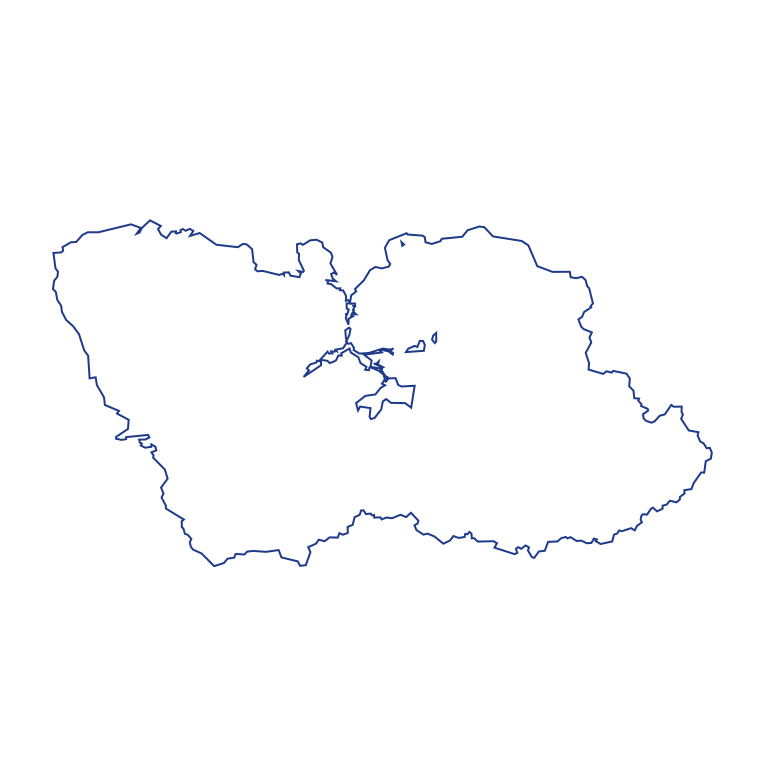 the district of Kadamjay, Batken, Kyrgyzstan, rotated 353°
{"feature_id": "92254566B89455719533038", "entity_name": "Kadamjay", "entity_type": "district", "adm_level": 2, "iso_a3": "KGZ", "parent_name": "Kyrgyzstan", "parent_adm1": "Batken", "projection": "equal_earth", "projection_center": [71.702, 39.995], "detail": "fine", "context": "isolated", "style": "outline", "palette": "blue", "viewbox_px": 768, "rotation_deg": 353, "n_neighbors": 0, "source": "geoboundaries", "source_scale": "gbopen_adm2", "svg_char_len": 6151}
<svg xmlns="http://www.w3.org/2000/svg" viewBox="0 0 768 768"><g transform="rotate(353 384 384)"><path d="M699.3,498.0L701.0,492.1L699.6,487.1L696.4,487.0L694.0,481.9L690.8,479.5L689.0,473.3L690.2,470.2L680.8,467.2L674.7,454.8L677.0,450.5L675.9,448.6L676.7,442.7L668.8,441.9L666.6,439.8L659.0,448.4L653.8,449.1L648.0,454.1L644.9,455.0L639.9,452.7L637.5,449.9L637.4,445.5L643.0,442.6L642.6,440.7L636.5,437.2L637.1,435.5L634.3,431.5L635.4,429.6L630.7,428.6L630.8,421.1L627.1,416.1L628.7,408.6L626.0,403.3L613.0,398.9L611.4,400.4L606.2,398.5L602.8,400.7L588.8,394.6L590.1,388.4L588.0,377.7L594.8,368.1L593.6,362.9L596.6,358.1L588.8,353.8L586.8,351.2L584.8,343.6L588.9,341.4L591.3,337.0L599.0,333.2L598.4,332.1L601.2,329.5L599.3,314.0L597.6,311.6L596.7,305.3L593.5,301.7L587.8,302.4L582.3,300.8L582.1,295.3L564.8,293.2L550.5,285.7L544.2,264.0L538.0,258.8L510.2,250.8L502.7,240.6L497.8,239.3L485.7,241.6L479.6,247.4L459.0,246.9L457.5,249.1L448.6,250.8L442.5,248.4L442.4,243.2L440.2,241.4L425.6,238.5L424.8,237.1L406.7,241.9L401.5,248.9L402.6,261.3L404.8,265.6L402.9,268.1L396.0,269.0L389.8,266.8L384.0,269.3L376.5,278.8L366.8,286.2L367.7,288.7L362.4,291.9L360.1,299.2L358.7,296.4L356.3,296.8L357.1,292.0L354.8,286.1L351.6,285.5L352.2,283.7L348.6,283.4L343.5,278.3L340.2,277.4L341.1,274.6L338.4,273.6L348.9,276.2L345.9,273.0L344.9,268.5L347.9,267.2L350.7,269.9L345.5,257.8L348.3,251.8L347.4,247.2L340.3,240.8L340.0,236.1L334.7,232.6L328.3,232.4L320.4,236.0L318.5,234.3L314.7,234.7L313.9,242.6L315.6,244.6L314.5,250.6L318.3,261.8L317.4,262.9L312.7,261.4L315.0,264.1L313.1,267.7L304.4,265.1L303.2,261.6L298.1,261.2L298.0,263.6L297.2,262.2L293.3,263.0L277.5,257.0L272.1,256.7L270.0,254.4L272.0,250.2L269.4,247.2L269.5,234.1L264.9,228.8L261.1,227.7L255.6,230.4L234.7,225.4L219.4,211.7L209.5,213.4L213.4,208.9L210.2,206.4L205.7,207.7L203.3,205.6L200.7,206.5L200.9,208.5L196.8,209.4L195.7,209.0L196.2,207.2L191.5,206.9L185.9,212.8L180.9,208.5L178.6,202.7L181.7,199.9L171.7,193.1L162.7,199.6L159.8,203.9L156.9,204.7L161.7,199.5L152.3,194.7L119.0,198.6L108.4,197.3L102.8,199.3L95.8,205.5L90.5,205.2L81.6,209.0L81.8,212.6L79.4,214.1L71.9,213.6L72.0,229.0L74.1,232.8L72.9,237.7L69.2,241.3L67.0,249.3L69.5,252.7L70.0,260.7L73.1,267.0L73.1,273.0L76.3,281.7L82.6,288.9L87.4,297.5L90.5,314.0L93.8,319.8L92.5,342.5L98.6,342.2L98.9,350.1L104.5,363.2L104.4,370.8L117.6,378.4L115.4,380.8L126.2,388.4L124.4,397.4L111.6,403.9L111.4,405.7L116.8,407.5L121.3,407.3L121.6,405.3L143.6,405.8L144.6,408.5L140.5,410.0L134.2,409.4L134.5,412.4L136.4,413.6L135.1,415.4L139.2,418.1L145.3,418.0L145.7,415.6L149.5,418.4L149.9,422.1L144.8,423.5L146.6,426.8L145.9,429.0L156.0,442.1L157.7,451.6L150.1,459.6L151.8,465.8L149.4,469.6L152.7,478.3L152.3,481.0L168.8,494.1L166.5,495.5L165.9,501.6L167.3,503.0L168.1,508.4L170.8,509.7L173.9,514.3L172.0,517.3L172.4,522.0L174.2,525.0L182.3,530.0L193.3,544.1L203.2,542.2L207.5,538.3L214.1,538.1L216.1,534.6L224.7,536.2L227.7,533.7L233.6,533.7L246.4,536.2L259.2,536.0L261.1,543.6L276.9,549.6L278.5,554.2L284.3,554.3L290.5,541.9L288.9,536.7L297.1,534.2L300.2,530.6L306.0,532.8L311.3,529.6L319.4,530.8L321.6,526.6L324.9,528.6L329.9,527.4L330.5,521.4L335.8,520.0L338.5,512.7L344.0,510.8L345.8,506.8L348.3,506.9L350.2,510.9L355.0,511.0L356.2,513.0L358.2,512.8L358.0,515.4L364.1,515.9L365.2,518.1L370.2,516.8L375.6,518.2L384.4,515.8L389.8,518.8L395.0,515.1L401.4,523.7L400.3,526.6L397.0,528.0L398.4,532.9L404.8,538.3L409.0,537.8L415.5,541.5L423.4,549.7L430.2,547.5L434.4,543.4L439.4,545.9L445.4,545.6L446.4,542.7L448.6,543.3L450.7,541.2L452.6,543.1L452.3,547.9L454.5,547.9L457.8,551.8L473.6,553.4L476.7,555.8L473.7,559.9L492.9,568.8L495.7,567.9L494.9,563.6L497.3,562.3L500.2,564.3L504.8,561.5L508.0,563.8L506.6,566.8L509.7,573.9L511.9,574.9L517.3,569.1L523.3,569.1L527.6,560.7L537.0,561.4L541.1,558.6L545.8,558.0L547.3,559.6L550.4,558.7L556.1,563.3L560.7,563.5L565.9,566.8L570.5,567.0L573.5,563.0L576.3,564.2L574.8,565.6L579.5,569.2L591.3,568.1L594.0,561.5L597.3,560.8L599.5,558.0L602.2,559.1L611.6,557.2L615.1,559.8L617.8,555.7L623.1,552.7L622.2,550.0L623.4,546.1L625.1,544.8L629.2,545.7L633.9,540.2L636.0,539.6L639.5,543.7L645.3,541.7L645.7,538.7L649.8,538.2L653.5,534.7L660.0,537.1L663.6,534.6L663.9,532.2L668.9,529.3L669.2,526.0L676.3,525.8L679.3,520.1L688.0,510.5L691.0,511.0L694.0,499.8L699.3,498.0ZM354.0,399.5L364.1,393.5L374.2,393.3L380.1,387.5L384.9,385.4L382.0,383.4L384.4,380.7L386.1,381.9L388.4,379.8L386.8,376.5L390.0,379.1L396.2,379.6L398.0,386.8L401.1,388.6L414.2,389.5L408.1,410.8L402.5,405.5L388.7,403.6L384.3,399.2L380.7,401.2L378.2,408.9L370.4,416.6L366.8,417.2L365.7,414.8L367.7,406.3L357.6,403.5L355.0,407.1L354.0,399.5ZM323.7,352.1L331.9,345.0L333.2,347.1L336.4,347.3L335.6,345.2L338.9,345.9L339.6,344.3L341.0,345.5L340.6,344.0L347.8,343.5L352.1,338.4L351.5,336.9L352.4,335.0L352.1,338.1L353.5,339.8L356.2,339.4L358.6,344.5L358.0,346.6L363.3,350.8L372.6,351.4L386.8,348.7L394.6,350.7L397.8,349.7L393.9,352.0L396.8,354.3L396.2,355.8L392.5,352.1L386.3,350.1L384.1,350.6L385.6,352.4L367.8,352.5L374.6,359.2L372.6,365.3L381.8,368.0L382.9,370.3L382.1,365.9L376.2,362.3L378.6,363.1L381.5,361.0L380.3,364.0L385.3,367.3L383.6,367.9L383.7,371.0L388.0,379.5L385.6,380.8L384.7,374.6L380.7,370.5L373.3,366.1L371.6,365.9L370.8,368.4L367.1,367.6L368.7,364.9L363.2,360.3L361.8,354.3L354.9,348.7L354.1,344.6L345.3,348.3L345.5,350.7L342.2,350.2L339.1,354.8L336.1,355.9L332.6,356.6L330.7,354.1L323.7,352.1ZM409.7,355.0L412.4,351.9L419.0,349.9L421.6,351.3L424.8,345.6L428.0,346.1L429.3,350.2L427.6,355.9L409.7,355.0ZM353.8,309.9L356.1,310.2L358.0,305.8L356.2,304.5L356.7,299.5L365.0,300.6L364.9,303.3L363.1,302.8L363.7,304.4L362.2,306.9L363.1,307.4L361.3,309.9L363.5,309.8L364.7,311.3L360.7,310.3L359.8,312.2L361.6,312.9L356.8,315.0L356.0,320.8L354.1,313.9L355.6,310.3L353.8,309.9ZM305.1,367.2L311.2,361.3L309.3,359.1L313.1,355.6L319.6,354.4L320.2,352.7L324.2,354.0L323.8,357.7L305.1,367.2ZM351.8,334.0L352.1,326.0L356.2,323.8L357.5,325.2L355.7,330.8L353.2,335.1L351.8,334.0ZM437.1,345.8L438.7,342.0L442.0,339.7L441.1,348.0L439.5,349.6L437.1,345.8ZM419.0,249.0L418.7,245.3L420.9,248.0L419.0,249.0Z" fill="none" stroke="#1e3a8a" stroke-width="2"/></g></svg>